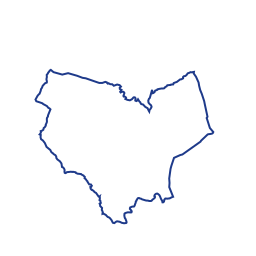 outline of San Melchor Betaza, Oaxaca, Mexico, rotated 245°
{"feature_id": "50627088B57690214716715", "entity_name": "San Melchor Betaza", "entity_type": "district", "adm_level": 2, "iso_a3": "MEX", "parent_name": "Mexico", "parent_adm1": "Oaxaca", "projection": "orthographic", "projection_center": [-96.157, 17.242], "detail": "fine", "context": "isolated", "style": "outline", "palette": "blue", "viewbox_px": 256, "rotation_deg": 245, "n_neighbors": 0, "source": "geoboundaries", "source_scale": "gbopen_adm2", "svg_char_len": 4581}
<svg xmlns="http://www.w3.org/2000/svg" viewBox="0 0 256 256"><g transform="rotate(245 128 128)"><path d="M151.0,211.5L151.6,209.1L152.2,208.2L152.1,207.1L152.3,205.2L151.4,203.7L150.9,202.1L151.3,200.4L150.9,199.4L149.7,198.9L149.6,196.9L150.0,195.8L149.1,191.7L149.3,190.0L149.4,188.4L148.4,187.4L149.2,185.3L149.0,184.9L150.0,182.0L150.1,181.7L149.4,180.5L149.4,179.5L149.2,178.5L148.9,178.2L148.7,177.6L149.0,176.4L149.6,175.2L150.2,173.0L150.6,171.1L150.3,170.9L150.2,170.4L150.4,168.5L149.8,167.6L149.3,167.2L149.0,165.7L149.1,165.1L152.4,165.9L149.9,163.8L147.1,161.4L146.0,160.4L145.6,159.3L144.2,157.9L142.3,157.3L140.4,157.8L138.8,158.5L137.2,158.3L136.0,156.8L135.3,155.2L133.9,154.2L134.7,154.1L137.7,154.1L139.8,152.6L142.9,151.6L144.1,150.1L145.3,149.9L146.1,150.0L147.3,149.5L149.8,149.2L148.9,147.8L148.9,146.9L149.8,146.2L151.7,147.4L152.9,147.1L153.4,146.0L152.4,143.7L152.3,141.4L153.8,139.3L155.4,137.9L156.1,139.0L156.7,139.0L158.3,138.0L158.4,137.4L159.0,137.4L161.2,139.5L162.0,139.5L162.9,138.9L163.4,137.8L163.3,136.4L164.1,136.2L165.3,138.2L166.8,137.1L168.0,137.5L168.5,139.1L170.4,138.5L172.0,136.5L172.3,133.0L174.3,132.2L175.2,130.4L176.8,129.3L176.7,128.5L177.5,128.1L178.3,128.1L179.4,126.9L179.7,123.7L181.0,121.0L182.1,119.8L190.9,110.7L192.7,108.0L196.8,104.0L203.0,96.9L204.2,91.0L210.1,84.1L213.3,82.6L213.1,81.2L212.5,80.6L212.0,79.2L211.2,78.3L210.5,76.8L210.0,76.6L208.5,76.0L206.7,74.7L204.6,74.2L203.5,73.6L203.6,71.7L202.7,69.5L202.3,68.5L200.9,67.1L199.9,65.5L198.7,64.7L196.4,62.3L196.3,61.7L195.5,59.8L192.9,56.2L191.0,56.2L188.2,59.2L186.5,60.9L185.4,61.3L184.7,61.9L182.1,63.8L180.0,64.3L179.0,65.1L177.7,65.6L173.1,60.7L172.4,60.4L171.6,59.3L171.5,59.0L170.6,58.3L168.0,57.2L167.5,56.8L167.0,56.3L166.4,55.6L165.5,54.6L164.9,54.5L163.9,52.9L163.6,51.6L162.2,50.5L161.9,49.0L162.1,47.6L160.8,47.2L160.1,46.4L159.5,45.2L158.6,46.0L156.5,44.8L154.6,44.5L152.6,45.6L149.5,46.3L145.3,46.2L140.9,48.3L138.8,48.3L137.7,48.7L136.8,49.3L135.9,49.5L134.9,50.1L134.1,50.7L132.5,50.9L131.1,50.4L129.4,50.7L126.6,52.2L124.0,52.7L122.2,52.2L120.6,51.7L119.7,52.5L118.2,52.9L116.8,52.8L115.1,51.9L114.1,51.7L113.6,52.1L113.5,52.6L113.8,54.0L113.0,56.2L112.5,57.8L111.7,58.9L111.6,59.6L111.2,60.1L110.0,61.8L109.3,61.8L107.9,63.0L106.9,64.7L106.1,66.0L105.6,66.1L103.7,67.6L103.3,67.6L101.9,68.2L100.8,67.4L100.3,67.7L99.1,68.2L97.8,68.3L96.9,68.7L96.2,68.6L93.3,69.0L92.5,70.5L91.7,70.6L91.0,70.8L90.2,69.8L90.4,68.9L89.9,68.8L88.8,68.5L88.0,68.7L87.3,68.9L87.2,69.3L86.1,69.9L85.0,70.4L84.0,70.6L82.7,71.6L78.2,72.4L77.9,72.7L78.0,73.3L77.8,73.1L77.4,73.3L75.8,72.6L74.7,71.7L73.9,72.2L72.2,71.7L71.6,71.7L71.4,70.3L70.2,70.3L69.1,69.8L66.5,70.7L64.8,69.6L63.9,69.7L62.0,69.5L61.6,68.9L61.0,68.6L61.0,68.9L60.5,69.8L59.9,70.1L59.4,70.6L58.8,71.0L58.3,71.3L57.7,71.4L56.0,72.0L55.5,72.5L55.1,72.9L54.4,73.3L53.7,73.6L52.8,73.8L51.7,74.1L50.0,74.2L48.7,74.2L48.3,74.4L48.1,74.7L47.9,75.0L47.6,75.4L47.7,75.9L47.9,76.7L48.1,77.6L48.1,78.3L47.8,79.1L47.4,79.6L46.8,80.5L45.8,81.5L44.9,82.1L44.4,82.7L43.9,83.4L43.3,84.2L42.9,85.6L42.7,86.0L42.7,86.4L42.9,86.7L43.6,87.0L44.9,87.2L45.6,87.2L46.2,87.3L47.2,87.3L47.6,87.1L48.9,87.3L50.5,87.8L51.0,88.1L51.3,88.4L51.7,88.5L51.8,88.6L52.0,89.0L52.0,90.2L51.9,90.8L51.7,92.1L51.3,92.9L50.8,93.9L50.4,94.6L50.2,95.0L50.1,95.5L50.5,95.9L50.8,96.1L51.2,96.2L51.7,95.9L52.4,96.0L53.8,95.5L54.6,95.9L55.1,96.5L55.0,97.4L55.0,98.3L54.8,99.1L54.6,99.6L54.3,100.1L54.4,100.5L55.0,101.4L55.8,102.0L56.6,102.9L57.2,103.5L58.1,104.0L58.5,104.9L58.9,105.1L59.1,105.6L60.0,106.8L60.2,107.5L59.9,108.4L58.9,109.2L58.5,109.9L57.5,110.5L55.0,113.3L54.6,113.8L54.2,114.5L53.8,115.3L53.5,115.7L53.0,116.2L52.8,116.5L52.1,118.0L52.2,119.0L52.7,119.7L52.9,121.0L53.1,121.7L53.3,122.3L53.4,122.7L53.9,123.2L54.2,123.4L54.6,123.4L55.2,123.1L55.8,123.7L56.1,124.0L56.3,124.6L56.5,125.5L56.4,126.2L56.2,126.8L55.7,127.2L54.5,127.8L53.6,128.1L52.0,128.1L50.8,128.0L48.8,128.0L48.0,128.2L47.4,128.2L46.6,127.9L46.3,128.0L46.0,127.9L45.8,128.3L45.8,128.6L46.1,129.5L46.5,129.8L47.2,130.4L47.7,130.6L47.9,131.0L48.1,131.6L48.3,132.0L48.1,132.5L47.9,132.8L47.5,133.5L47.3,133.9L46.8,135.5L46.6,136.0L46.7,136.8L46.7,138.3L46.7,139.0L46.6,139.8L57.0,140.4L60.6,142.4L64.8,144.0L73.0,149.3L75.6,151.5L81.5,157.1L81.4,164.0L81.0,166.1L85.0,188.0L85.6,188.8L88.5,197.5L88.4,198.2L87.7,200.4L87.4,202.0L87.5,202.6L88.3,203.6L93.4,202.2L103.3,203.5L103.8,203.5L104.6,204.8L116.9,207.6L120.2,208.4L127.7,209.3L132.0,209.5L136.2,210.3L139.4,211.2L145.7,211.3L149.7,210.6L151.0,211.5Z" fill="none" stroke="#1e3a8a" stroke-width="2"/></g></svg>